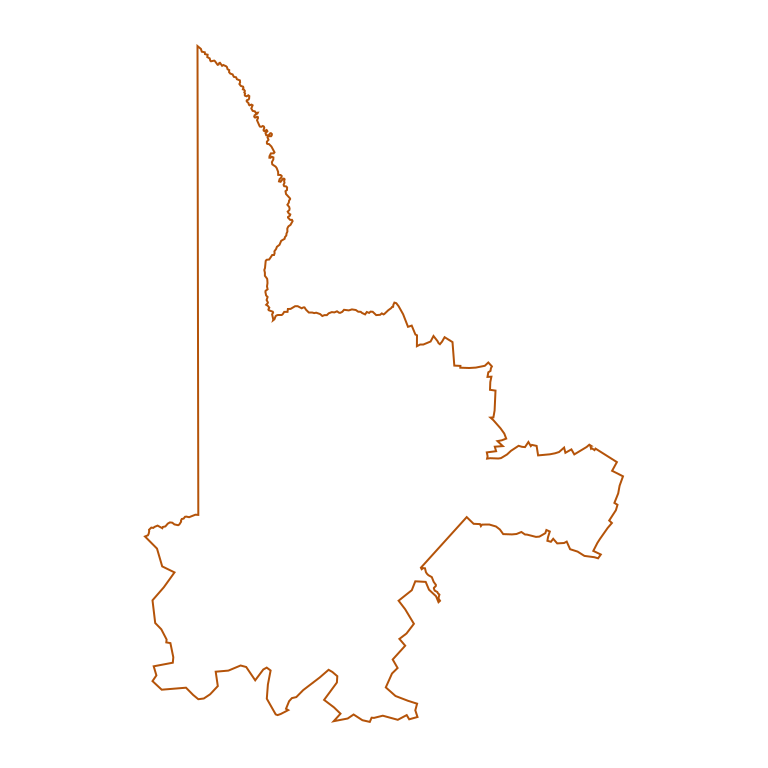 outline of Z F Mgcawu, Northern Cape, South Africa
{"feature_id": "47623444B49450251729649", "entity_name": "Z F Mgcawu", "entity_type": "district", "adm_level": 2, "iso_a3": "ZAF", "parent_name": "South Africa", "parent_adm1": "Northern Cape", "projection": "robinson", "projection_center": [20.762, -27.405], "detail": "fine", "context": "isolated", "style": "outline", "palette": "amber", "viewbox_px": 768, "rotation_deg": 0, "n_neighbors": 0, "source": "geoboundaries", "source_scale": "gbopen_adm2", "svg_char_len": 6081}
<svg xmlns="http://www.w3.org/2000/svg" viewBox="0 0 768 768"><path d="M589.3,444.7L586.6,447.0L574.3,454.4L571.4,449.4L565.4,452.8L564.1,447.6L559.1,452.0L555.0,453.3L549.9,454.3L538.1,455.4L536.6,445.9L531.9,444.9L530.8,446.1L528.4,442.0L525.0,447.1L521.9,446.8L518.6,445.8L511.0,450.8L507.0,454.5L501.0,458.1L498.4,458.5L490.2,458.2L487.1,458.6L487.6,456.3L486.8,452.4L496.1,451.2L494.8,446.7L502.8,446.1L497.5,441.1L501.8,440.3L506.2,438.6L504.3,433.6L500.5,428.3L493.3,420.1L490.5,417.6L493.4,417.4L494.6,410.5L495.5,390.6L490.0,389.8L490.3,382.0L491.4,376.7L487.5,376.9L488.3,372.3L490.5,370.9L490.9,368.3L491.9,366.4L488.3,362.5L484.8,365.8L475.8,367.6L469.2,368.0L460.3,367.7L460.4,365.9L454.3,365.6L452.5,342.1L444.6,337.2L442.0,341.7L439.9,344.2L438.6,343.2L437.5,341.1L433.5,336.0L430.6,341.5L423.4,344.5L420.2,344.5L416.9,346.2L417.0,335.3L415.4,334.5L411.7,325.6L408.0,326.8L403.1,314.2L398.6,306.2L396.3,303.2L394.4,302.6L393.4,304.7L393.1,306.8L392.1,306.9L391.2,308.1L388.3,310.2L384.3,314.0L383.6,314.4L381.8,313.4L380.1,314.8L376.2,315.1L372.7,311.8L370.6,311.6L369.1,312.9L366.8,312.0L365.1,314.4L362.1,313.0L360.7,311.8L358.2,311.7L355.8,310.0L351.9,309.4L348.8,310.4L344.0,309.8L342.3,311.8L340.3,312.8L339.2,312.8L337.0,311.3L334.4,312.4L331.8,312.1L328.7,313.3L326.9,315.1L324.5,315.1L322.3,316.0L320.2,314.1L316.2,312.7L314.2,313.1L312.1,312.5L308.8,312.5L306.0,309.7L304.5,307.4L303.4,307.4L301.7,308.3L297.7,306.2L295.1,306.2L290.6,308.9L287.9,309.0L287.5,311.9L284.2,311.9L282.7,314.2L281.7,315.0L277.9,315.0L276.4,315.5L275.6,316.2L274.4,319.3L273.1,320.3L273.3,319.6L272.1,314.3L273.1,312.7L272.8,311.7L268.7,310.2L268.4,309.4L269.3,307.7L267.8,305.8L266.2,304.8L267.6,303.3L267.9,302.4L266.6,300.0L267.6,297.0L266.1,295.4L265.4,292.0L265.6,290.8L267.6,289.3L267.0,286.4L267.5,283.1L267.3,279.9L267.1,278.7L264.9,275.8L264.9,272.7L264.3,270.0L265.0,268.0L265.7,260.9L266.6,259.8L269.2,259.5L272.2,255.0L274.0,255.0L274.6,253.2L274.4,251.3L276.1,249.0L276.9,246.8L279.5,244.8L281.2,240.8L284.6,238.8L284.9,237.2L286.3,235.5L286.5,233.5L287.4,231.6L287.3,228.7L287.8,227.4L288.6,226.2L290.5,224.9L292.6,221.1L292.0,219.9L290.2,219.9L288.0,217.6L288.0,217.0L289.9,215.6L290.3,214.4L288.7,213.4L287.7,211.6L289.3,210.1L289.6,208.7L289.2,207.0L287.4,204.8L288.8,202.6L289.1,200.5L290.1,199.2L290.1,198.5L286.0,194.0L285.5,191.2L287.0,190.0L287.1,187.4L286.1,186.4L284.2,186.2L283.8,185.5L283.6,184.7L284.5,182.8L284.1,181.0L284.6,179.5L284.4,178.9L283.8,178.6L282.7,179.1L280.6,181.8L279.0,181.4L279.6,179.1L281.5,177.3L281.7,176.0L280.6,175.0L278.2,174.9L278.1,171.8L276.7,168.1L275.6,166.6L272.3,164.4L271.9,162.1L273.3,159.5L273.4,157.4L271.7,156.7L270.5,157.8L269.4,157.7L269.5,156.2L270.9,153.4L273.7,153.3L274.5,152.3L271.4,146.5L269.0,144.1L267.3,143.9L266.9,143.3L266.9,141.7L268.5,139.8L267.5,137.4L267.7,136.7L268.2,136.3L271.1,136.2L271.7,135.4L271.9,134.1L271.0,133.2L270.3,133.2L268.6,135.3L266.2,135.2L265.5,133.1L267.4,131.3L267.1,130.5L266.5,130.0L264.6,131.1L263.8,130.8L263.5,130.0L264.3,127.8L263.9,126.6L262.8,126.0L261.3,126.8L260.0,126.6L259.5,125.9L257.0,120.2L258.0,118.1L257.9,117.1L257.2,116.8L255.1,117.6L254.2,116.7L254.6,115.3L257.4,113.5L257.8,112.7L255.8,112.9L254.8,111.3L252.7,110.9L251.3,108.5L252.6,105.3L251.5,104.6L249.5,105.3L248.9,104.7L248.5,103.1L246.8,101.5L246.6,100.9L246.9,100.2L248.5,99.6L249.1,98.6L249.3,96.1L248.3,95.3L246.6,96.3L245.1,95.8L244.7,95.0L245.1,93.4L244.3,92.5L244.9,91.0L243.9,89.5L242.9,89.3L243.4,87.5L243.1,86.7L240.8,85.9L239.4,84.0L240.1,82.5L239.9,80.4L236.9,79.2L236.1,77.3L233.8,76.8L232.6,74.4L230.3,73.6L229.1,72.2L229.2,70.1L227.6,69.3L226.9,67.0L226.2,66.3L223.3,65.0L222.1,65.8L220.0,62.8L219.4,62.9L218.5,64.6L217.6,64.8L215.0,61.2L214.2,60.6L211.0,61.3L210.3,60.7L209.7,58.4L207.3,57.1L207.6,54.7L205.0,54.1L204.8,52.3L201.8,51.7L200.9,48.9L197.5,46.1L198.3,514.9L195.4,514.7L189.1,517.2L186.3,516.6L185.0,516.8L183.6,518.6L181.8,519.0L181.0,520.5L181.1,521.7L179.3,524.5L178.1,525.2L174.4,524.4L172.3,522.7L169.9,522.4L167.8,523.6L165.4,526.4L162.8,527.0L162.3,528.2L157.6,525.6L154.5,526.9L153.3,527.9L151.3,527.6L149.0,529.8L149.2,531.1L148.7,533.7L147.9,535.3L145.0,536.5L157.0,548.6L162.2,566.4L174.5,572.4L163.8,587.3L152.5,600.3L155.2,623.0L161.3,629.3L166.6,639.5L166.3,642.4L170.4,643.1L173.3,657.3L172.8,662.7L153.7,666.3L156.4,675.4L152.5,681.1L161.7,689.7L186.0,687.7L193.1,694.9L198.3,699.2L199.1,699.1L203.8,698.5L210.1,694.3L217.8,686.1L215.7,671.7L228.4,670.6L240.6,665.5L246.2,667.0L255.2,680.3L263.3,669.5L266.7,667.6L270.6,670.5L267.9,684.5L266.8,698.7L275.7,714.4L277.6,715.1L280.7,714.0L288.2,710.1L286.0,708.8L289.1,701.2L291.9,698.1L296.3,697.1L303.2,690.1L319.7,677.5L328.6,669.8L332.4,672.0L337.3,676.2L336.9,682.5L324.1,699.9L334.0,707.4L340.5,713.7L333.7,721.2L347.7,718.5L353.6,714.5L362.4,720.2L369.8,721.9L371.6,717.7L374.0,717.9L382.8,715.7L397.8,719.8L406.7,715.1L409.2,719.3L417.5,717.0L415.3,710.3L417.1,703.7L408.0,700.8L395.5,696.0L385.8,687.4L392.0,673.5L397.6,668.0L392.7,659.5L405.2,645.7L399.4,638.9L406.5,633.5L413.9,623.8L405.2,609.3L398.6,600.7L411.8,590.2L415.3,581.3L425.7,581.9L429.0,589.7L436.0,596.2L438.5,602.2L440.0,600.8L438.4,598.3L439.4,594.6L438.0,593.4L437.3,592.0L434.7,590.6L433.9,588.5L433.9,587.9L435.8,586.0L435.9,584.9L433.7,581.9L431.8,577.1L428.4,575.2L426.9,573.7L425.9,572.1L425.0,568.3L423.1,568.1L421.7,569.2L420.9,567.7L466.7,517.1L473.6,523.8L480.0,524.1L480.9,526.1L482.0,524.6L489.2,524.5L496.0,526.5L499.9,529.5L503.2,534.1L512.0,534.4L516.5,534.0L521.4,532.0L525.0,534.5L527.0,534.6L536.0,536.9L539.4,536.6L545.3,533.2L546.4,530.0L549.8,531.5L548.0,537.2L547.4,540.8L550.9,541.8L553.2,538.8L557.2,543.4L564.1,543.0L566.7,541.6L570.1,549.2L577.6,551.6L584.4,555.9L594.3,557.2L598.1,558.3L600.8,554.5L593.3,550.9L597.4,542.9L599.9,539.0L607.7,527.9L611.9,523.0L609.2,520.5L615.9,510.2L617.5,504.8L614.4,502.9L618.2,493.4L619.6,485.7L623.0,476.3L612.1,470.8L616.9,462.1L595.5,448.6L594.5,450.1L591.9,448.3L591.1,448.8L590.4,446.1L591.2,445.9L589.3,444.7Z" fill="none" stroke="#b45309" stroke-width="2"/></svg>